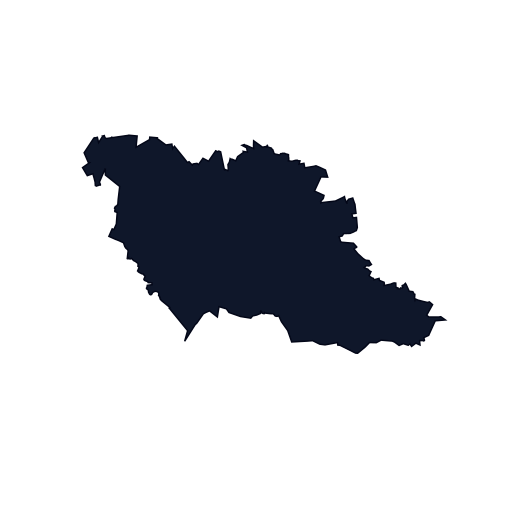 the district of Alamos, Sonora, Mexico, rotated 114°
{"feature_id": "50627088B7149168530269", "entity_name": "Alamos", "entity_type": "district", "adm_level": 2, "iso_a3": "MEX", "parent_name": "Mexico", "parent_adm1": "Sonora", "projection": "orthographic", "projection_center": [-108.835, 27.083], "detail": "fine", "context": "isolated", "style": "filled", "palette": "ink", "viewbox_px": 512, "rotation_deg": 114, "n_neighbors": 0, "source": "geoboundaries", "source_scale": "gbopen_adm2", "svg_char_len": 6009}
<svg xmlns="http://www.w3.org/2000/svg" viewBox="0 0 512 512"><g transform="rotate(114 256 256)"><path d="M282.0,107.5L278.3,96.9L278.3,94.3L279.5,88.9L276.7,86.3L276.3,86.1L276.2,85.9L275.6,80.6L273.6,79.7L275.3,77.1L270.6,74.5L270.6,70.0L267.0,72.1L266.8,72.1L266.6,72.0L266.5,71.9L266.4,71.7L266.3,70.9L265.7,70.1L265.4,68.8L265.4,68.3L264.8,67.8L264.5,67.8L262.3,69.5L258.3,66.0L242.3,65.9L237.4,57.0L236.3,62.5L237.5,64.4L241.4,73.2L240.7,76.0L239.5,75.9L228.6,74.9L227.4,78.9L228.7,80.5L229.5,84.7L230.4,90.1L230.4,92.7L231.8,92.7L230.5,93.8L226.4,95.3L226.5,96.0L224.8,98.2L225.8,101.6L225.6,102.0L221.1,107.1L220.2,108.4L222.2,109.1L223.4,110.3L223.9,110.4L224.9,109.1L226.0,109.7L226.4,111.0L227.6,111.0L228.3,113.4L227.5,113.3L227.6,115.5L223.9,117.3L224.4,118.9L225.4,120.1L227.0,121.6L230.9,127.0L229.1,127.5L227.9,128.3L228.1,133.3L226.4,134.5L229.8,138.6L228.7,139.7L228.9,140.0L228.6,142.9L228.0,144.7L223.5,144.6L223.5,146.2L222.5,148.6L222.7,150.2L222.6,152.5L220.2,151.4L219.8,151.0L219.2,148.8L216.8,147.1L215.7,148.9L214.2,150.9L215.2,154.0L215.1,155.1L214.7,157.3L212.5,163.9L209.7,169.4L209.0,169.1L207.1,167.6L206.7,167.7L204.7,172.2L208.7,183.7L208.1,184.9L204.7,187.9L202.6,185.4L199.9,185.1L197.1,179.3L194.4,176.7L192.3,175.1L192.0,174.7L188.8,175.0L179.9,179.9L180.7,181.3L181.0,181.6L181.7,183.0L178.6,185.6L176.3,182.0L172.2,184.5L168.4,186.7L168.4,186.9L163.7,191.2L166.5,194.5L169.6,195.1L171.3,194.1L167.6,198.0L166.1,199.1L166.0,199.3L165.8,199.4L166.9,200.2L173.5,205.8L180.5,217.7L181.1,218.2L180.7,218.3L179.9,218.7L179.7,219.2L176.8,218.1L175.7,218.0L173.5,218.4L173.0,218.5L172.9,229.0L157.3,228.8L154.8,222.6L149.2,227.5L149.1,233.9L149.2,237.9L150.6,239.7L155.6,247.3L151.8,249.9L154.6,254.0L151.2,254.5L151.4,255.2L151.6,255.4L151.8,256.3L151.7,257.2L152.4,258.6L153.2,259.7L153.5,260.0L154.4,261.1L154.7,261.4L155.2,262.7L155.8,265.2L154.9,265.1L153.7,265.9L153.4,265.8L151.3,267.2L150.9,267.2L150.2,267.6L150.4,269.4L150.7,270.5L150.5,271.5L151.0,272.5L151.2,273.3L152.0,274.1L152.2,274.7L152.5,275.1L153.7,275.3L154.2,275.7L154.7,278.5L155.1,279.3L155.0,279.8L155.1,281.1L152.1,283.9L152.1,284.6L151.3,285.6L151.2,285.8L151.5,288.7L151.5,288.9L151.9,290.0L150.9,290.1L150.6,290.3L150.4,290.7L150.9,290.8L151.2,290.6L151.4,290.9L151.8,291.0L152.1,291.2L152.1,291.6L152.3,292.0L152.6,292.3L152.7,292.6L153.2,292.8L153.3,293.2L153.4,293.7L154.0,294.1L151.7,305.0L156.1,303.2L158.9,301.8L158.8,303.4L158.9,304.3L158.8,309.7L159.3,310.4L159.1,310.7L158.9,312.0L160.6,313.8L161.0,308.6L164.6,306.0L165.6,310.3L166.3,309.7L166.5,309.6L172.7,313.2L177.3,313.2L177.3,317.0L177.4,317.7L177.9,318.4L177.6,319.2L181.1,318.5L183.9,318.8L187.2,317.0L188.9,316.4L189.5,316.4L189.5,319.4L190.0,319.5L189.9,320.1L175.2,330.7L175.3,332.7L176.3,333.3L176.3,335.6L186.4,337.5L188.7,337.8L188.3,344.2L195.8,345.7L195.4,347.6L197.2,350.5L197.7,351.0L197.9,350.9L198.0,351.1L198.9,351.1L198.8,351.6L198.7,351.6L197.1,355.5L198.5,356.7L195.6,362.1L194.6,364.1L188.9,375.2L191.9,375.8L188.0,378.4L191.2,383.5L188.8,394.5L188.2,394.4L190.6,401.4L193.0,400.6L205.5,409.8L194.7,413.4L197.4,421.4L197.6,421.5L205.5,434.1L206.1,435.2L206.1,436.1L207.0,436.5L209.5,440.4L209.5,441.7L208.0,443.5L207.9,443.4L207.7,443.6L207.9,443.8L208.9,445.1L209.1,444.8L216.4,445.9L212.1,449.2L213.7,451.3L213.6,451.5L214.2,452.1L231.6,455.0L238.6,447.4L238.4,446.0L245.8,450.4L251.2,442.8L247.2,438.5L250.4,435.8L254.1,432.9L254.8,432.6L257.0,431.4L257.0,430.1L256.3,429.5L256.0,429.1L254.9,427.9L254.5,427.1L254.3,427.2L253.7,427.4L253.3,428.0L252.1,429.1L237.2,429.3L237.8,429.0L240.3,428.0L243.3,426.5L247.9,408.8L260.4,404.9L265.1,403.2L265.4,403.4L265.6,403.3L265.7,403.2L267.4,404.0L267.8,404.3L267.9,404.6L269.9,404.7L270.5,403.9L270.8,403.7L271.2,403.5L272.3,403.4L272.6,403.1L272.6,402.8L272.4,402.6L272.6,402.3L272.8,402.4L272.7,400.5L283.6,396.6L289.7,396.6L289.7,398.4L297.9,398.4L297.9,391.1L297.8,390.0L297.7,387.2L297.8,382.4L300.8,379.6L301.2,378.9L301.7,378.2L302.1,377.0L302.3,376.2L302.7,375.5L303.3,374.9L310.3,372.7L309.4,371.8L310.4,371.6L310.2,371.4L309.9,369.7L308.8,368.7L309.4,367.4L310.0,365.6L310.0,364.0L310.4,362.4L310.8,360.7L313.5,359.6L313.4,359.2L313.5,358.8L313.6,358.6L313.9,358.4L314.2,358.2L317.8,358.1L317.9,357.5L318.2,357.3L318.4,356.6L318.6,355.6L318.5,355.1L318.7,353.5L318.6,352.4L318.3,351.5L318.8,351.0L319.2,350.1L319.4,349.5L319.5,349.0L322.7,349.0L323.2,348.7L323.4,348.3L323.6,347.9L323.6,347.7L323.6,346.1L323.5,345.4L323.4,345.3L323.5,345.1L323.5,344.7L323.8,344.2L323.7,344.0L324.2,343.6L323.1,341.0L322.9,340.2L324.4,339.2L327.0,343.4L328.8,342.9L329.1,342.9L329.8,343.0L330.4,342.7L330.5,342.4L330.6,341.4L330.9,340.8L331.2,340.4L332.9,339.3L333.5,338.5L334.2,337.6L334.3,337.1L334.3,336.7L334.2,336.3L333.9,336.0L332.9,335.6L331.9,335.7L331.4,335.5L330.8,335.2L330.2,334.7L329.4,333.9L329.1,333.2L328.8,332.2L328.8,331.7L328.8,330.9L329.0,330.4L329.4,329.9L329.8,329.5L330.8,329.1L331.6,329.0L331.9,328.6L331.9,328.0L332.8,327.3L332.8,327.1L332.8,326.9L333.2,326.9L333.6,326.6L333.7,326.4L334.0,326.2L333.9,326.1L334.1,325.9L334.6,325.4L334.9,324.5L335.1,324.4L337.9,314.3L338.4,314.1L338.6,314.3L338.5,314.5L338.7,314.3L339.0,314.1L339.0,313.9L338.9,313.8L339.0,313.8L352.0,288.1L362.9,286.5L343.6,283.7L341.5,282.8L330.2,280.6L327.9,278.8L325.0,276.1L327.4,266.5L317.3,269.2L316.3,261.5L318.6,257.7L317.6,245.6L314.9,235.5L312.1,234.7L309.6,231.3L306.5,228.4L305.8,228.9L305.1,229.3L304.5,229.3L304.2,229.2L304.3,228.6L304.8,228.1L305.3,227.4L305.5,227.0L305.7,226.5L305.6,226.2L305.5,225.5L305.2,224.9L304.2,225.2L304.3,224.5L304.2,223.7L303.6,221.9L303.1,220.2L302.6,218.8L301.9,217.1L301.8,216.7L302.0,216.2L302.1,215.4L302.7,214.9L302.9,214.4L302.9,213.3L302.6,212.3L301.8,211.2L301.3,211.0L305.7,206.0L311.2,196.7L320.0,188.4L312.9,174.6L310.3,169.8L310.6,161.8L309.1,156.8L301.9,146.3L304.1,145.1L303.4,142.7L304.2,125.5L303.5,123.6L294.6,119.2L288.9,117.1L286.3,110.9L282.0,107.5Z" fill="#0f172a" stroke="#020617" stroke-width="1.5"/></g></svg>